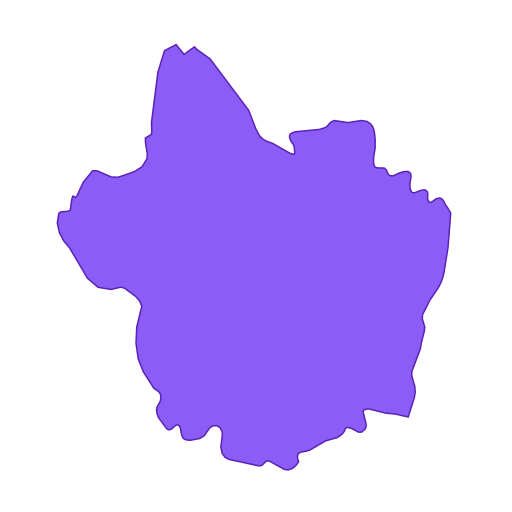 an SVG outline of Indre-et-Loire, rotated 177°
{"feature_id": "FRA-5310", "entity_name": "Indre-et-Loire", "entity_type": "Metropolitan department", "adm_level": 1, "iso_a3": "FRA", "parent_name": "France", "parent_adm1": "", "projection": "mercator", "projection_center": [0.644, 47.225], "detail": "fine", "context": "isolated", "style": "filled", "palette": "violet", "viewbox_px": 512, "rotation_deg": 177, "n_neighbors": 0, "source": "natural_earth", "source_scale": "10m", "svg_char_len": 2582}
<svg xmlns="http://www.w3.org/2000/svg" viewBox="0 0 512 512"><g transform="rotate(177 256 256)"><path d="M441.9,274.1L447.0,280.8L451.1,289.5L452.7,299.3L450.7,308.9L448.6,310.3L441.6,310.5L439.1,311.4L437.1,321.8L435.9,325.3L434.7,325.0L433.3,323.9L431.9,325.0L424.6,338.8L414.6,349.7L410.2,349.4L396.2,342.4L389.5,341.9L373.3,346.5L365.2,351.0L359.8,358.8L359.2,363.5L360.4,374.6L360.3,379.6L354.0,383.0L353.5,386.8L353.4,394.7L344.4,444.5L336.6,465.9L324.7,471.3L317.3,461.1L306.5,468.1L304.3,465.5L291.5,455.2L255.6,401.7L249.4,382.6L246.1,375.8L243.0,372.4L239.7,370.2L233.3,367.5L216.5,356.7L212.8,355.5L212.1,356.5L211.8,356.9L212.0,358.3L212.0,359.7L212.2,363.0L212.6,364.6L213.2,365.9L214.1,367.1L214.8,368.4L215.4,369.8L215.9,371.3L216.3,372.8L216.2,374.4L215.5,375.9L212.9,377.3L210.0,378.0L185.9,379.1L180.3,380.6L177.9,382.0L176.1,384.1L173.8,386.0L170.8,387.2L157.1,384.4L143.9,385.8L138.2,384.6L134.8,382.1L132.6,378.8L131.7,375.7L131.2,372.4L130.9,366.0L131.4,357.4L133.4,348.4L133.7,342.9L133.3,340.3L132.2,338.3L129.7,337.6L123.2,337.1L121.3,335.1L119.5,330.3L117.3,329.0L114.7,328.9L107.9,331.6L104.0,332.5L99.8,332.5L97.4,330.6L97.0,328.0L97.4,325.1L98.2,322.0L98.7,318.5L98.5,315.0L97.3,311.6L94.7,310.7L87.7,313.0L83.7,313.2L81.6,311.3L81.2,308.9L81.5,306.0L81.6,303.3L80.2,300.6L78.1,300.5L73.1,303.7L69.4,304.4L67.0,302.9L65.4,300.4L64.1,297.2L62.4,294.6L59.3,288.7L63.8,254.5L69.2,229.2L71.0,223.7L72.5,220.2L75.9,214.3L84.6,202.9L92.8,188.6L93.2,184.7L91.2,176.2L91.9,171.9L95.4,160.7L96.8,154.4L106.4,132.6L106.7,129.2L106.2,125.9L104.3,117.7L104.1,111.7L105.3,106.3L112.4,87.3L125.8,91.0L134.3,92.2L151.8,97.5L155.9,96.9L157.3,95.0L156.6,92.2L155.7,86.6L155.0,83.8L154.8,80.7L155.8,77.7L159.7,74.6L163.0,74.8L170.0,79.0L173.8,80.1L176.1,78.8L176.9,76.4L179.4,73.5L184.1,70.5L196.3,67.7L212.5,59.3L216.4,58.4L220.9,57.9L223.7,56.7L225.0,54.5L225.1,51.8L224.4,49.0L224.1,48.4L227.2,44.6L231.0,41.9L235.0,40.7L238.8,41.4L253.5,50.5L256.3,50.8L261.2,46.5L264.0,46.2L293.7,54.3L297.4,56.5L300.1,60.6L301.1,67.2L299.2,77.4L298.9,82.1L300.9,86.5L304.1,88.6L307.7,88.7L311.1,86.9L317.1,79.2L321.7,76.7L331.2,75.4L335.3,76.0L337.3,77.0L338.8,78.7L339.7,81.6L340.5,88.3L341.9,90.8L343.8,91.6L345.6,90.7L349.1,87.8L351.9,86.9L354.1,88.0L361.9,99.8L363.1,103.6L363.4,107.7L362.5,110.8L359.4,115.6L358.5,118.5L358.6,123.0L360.2,125.5L364.9,129.2L374.6,146.3L379.0,159.3L380.4,175.2L378.8,191.3L372.7,211.7L374.6,217.3L378.4,222.0L388.8,230.6L392.4,232.0L402.6,230.2L415.3,233.0L425.4,242.5L441.9,274.1Z" fill="#8b5cf6" stroke="#5b21b6" stroke-width="1.5"/></g></svg>